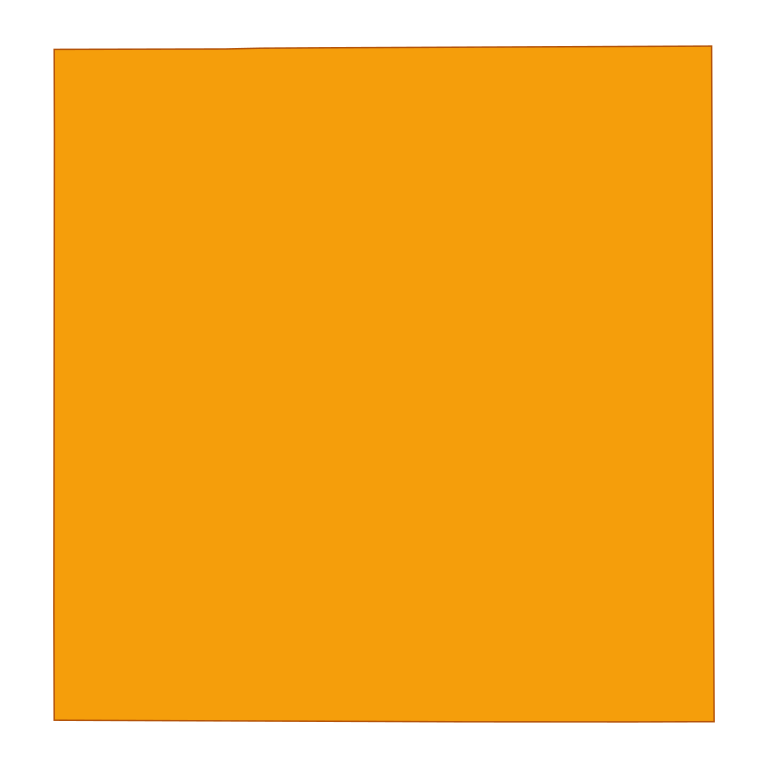 the district of Leake, Mississippi, United States of America
{"feature_id": "52423323B43754399816629", "entity_name": "Leake", "entity_type": "district", "adm_level": 2, "iso_a3": "USA", "parent_name": "United States of America", "parent_adm1": "Mississippi", "projection": "mercator", "projection_center": [-89.51, 32.754], "detail": "fine", "context": "isolated", "style": "filled", "palette": "amber", "viewbox_px": 768, "rotation_deg": 0, "n_neighbors": 0, "source": "geoboundaries", "source_scale": "gbopen_adm2", "svg_char_len": 291}
<svg xmlns="http://www.w3.org/2000/svg" viewBox="0 0 768 768"><path d="M714.1,721.7L713.5,583.5L711.6,46.1L327.0,47.8L261.0,48.2L225.7,49.0L54.2,49.4L54.4,134.8L53.9,612.0L54.2,720.2L466.9,721.8L632.7,721.9L706.1,721.7L714.1,721.7Z" fill="#f59e0b" stroke="#b45309" stroke-width="1.5"/></svg>